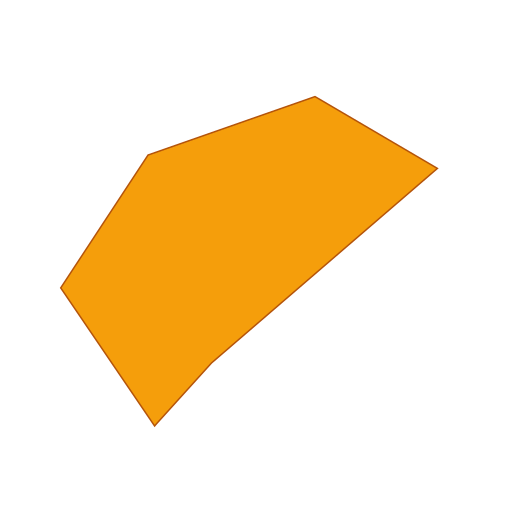 Melilla, Albers equal-area conic projection, rotated 76°
{"feature_id": "ESP-5835", "entity_name": "Melilla", "entity_type": "Autonomous City", "adm_level": 1, "iso_a3": "ESP", "parent_name": "Spain", "parent_adm1": "", "projection": "albers", "projection_center": [-2.939, 35.299], "detail": "fine", "context": "isolated", "style": "filled", "palette": "amber", "viewbox_px": 512, "rotation_deg": 76, "n_neighbors": 0, "source": "natural_earth", "source_scale": "10m", "svg_char_len": 265}
<svg xmlns="http://www.w3.org/2000/svg" viewBox="0 0 512 512"><g transform="rotate(76 256 256)"><path d="M239.7,453.2L131.9,336.3L115.6,160.2L214.9,58.8L349.0,325.0L394.9,393.4L396.4,395.5L239.7,453.2Z" fill="#f59e0b" stroke="#b45309" stroke-width="1.5"/></g></svg>